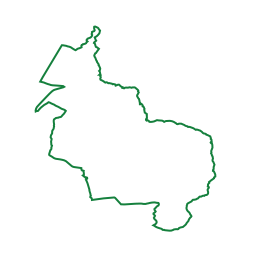 the district of Teso North, Western, Kenya, rotated 102°
{"feature_id": "3690345B58286800051126", "entity_name": "Teso North", "entity_type": "district", "adm_level": 2, "iso_a3": "KEN", "parent_name": "Kenya", "parent_adm1": "Western", "projection": "natural_earth1", "projection_center": [34.335, 0.681], "detail": "fine", "context": "isolated", "style": "outline", "palette": "green", "viewbox_px": 256, "rotation_deg": 102, "n_neighbors": 0, "source": "geoboundaries", "source_scale": "gbopen_adm2", "svg_char_len": 5835}
<svg xmlns="http://www.w3.org/2000/svg" viewBox="0 0 256 256"><g transform="rotate(102 128 128)"><path d="M205.9,148.3L201.9,137.2L198.8,127.0L199.0,126.1L204.1,119.0L203.5,115.6L200.6,105.3L199.3,100.0L199.1,98.6L199.1,97.5L198.8,95.7L198.6,94.9L198.1,94.0L197.3,92.1L196.9,91.4L196.0,89.2L195.3,86.8L195.2,85.6L195.2,84.5L195.0,82.7L195.7,82.1L196.6,81.9L197.6,82.2L198.2,83.0L199.1,83.7L200.1,84.2L201.7,85.3L202.5,85.1L203.9,83.6L204.6,83.9L206.2,85.3L207.0,85.1L207.5,84.2L208.3,83.3L210.5,84.0L211.3,83.4L211.8,82.8L212.4,81.7L213.2,80.8L214.1,80.4L215.1,80.5L216.1,81.0L216.8,81.6L217.2,82.2L217.9,82.9L218.1,81.9L218.8,80.5L218.9,79.7L219.2,78.8L219.5,76.2L219.6,74.6L219.8,73.8L220.4,73.1L220.4,72.3L220.1,71.6L220.3,70.7L219.9,67.0L219.8,66.2L219.4,64.4L218.3,62.6L217.7,62.0L217.0,60.1L216.8,59.2L216.7,58.3L216.3,57.7L215.3,57.3L214.8,56.6L214.3,55.8L213.4,53.7L211.0,51.8L210.0,51.2L209.1,51.0L206.1,49.5L205.3,49.5L204.5,49.3L202.7,48.5L202.0,47.9L201.1,47.6L200.3,48.2L199.7,49.1L198.9,49.6L197.9,50.5L197.0,52.1L196.4,52.8L195.7,53.4L194.9,53.9L194.1,54.2L192.4,54.2L191.7,54.4L190.8,54.2L190.1,54.3L189.2,53.7L186.6,50.6L185.5,50.1L184.7,49.5L184.4,48.3L184.0,47.4L183.6,46.5L182.9,45.8L182.2,44.8L181.1,44.3L180.1,43.4L180.0,42.4L179.6,41.8L178.9,41.0L178.5,40.2L178.5,39.3L177.7,38.7L177.1,37.1L176.5,36.5L175.5,36.1L174.6,36.2L174.0,36.3L172.5,37.1L171.5,37.3L169.6,36.5L168.8,36.9L168.6,37.8L167.7,37.8L166.7,38.0L165.7,37.7L164.8,37.1L164.0,37.5L163.4,36.9L162.5,36.3L159.3,33.4L158.6,33.6L158.0,33.2L157.3,32.5L155.3,33.0L154.4,33.6L152.5,35.0L152.3,36.0L151.4,36.1L150.4,35.7L148.3,36.1L145.9,35.8L143.4,37.5L142.8,38.3L142.1,38.6L141.4,38.7L140.4,38.5L138.1,39.4L137.6,40.1L136.4,40.6L135.5,41.5L134.4,41.3L133.7,41.7L132.8,41.8L131.8,41.6L129.7,41.3L127.7,41.8L127.0,42.0L125.6,42.7L125.6,43.5L125.1,44.1L124.4,43.9L124.0,43.3L122.0,44.0L121.5,44.8L120.8,44.8L119.1,45.8L118.3,49.0L118.3,50.0L117.6,50.7L117.5,51.9L117.6,52.8L117.3,53.7L116.3,55.1L115.5,57.0L115.5,57.8L115.3,58.6L115.2,60.5L115.7,61.2L115.4,62.1L114.7,63.8L114.5,64.9L114.1,67.9L114.5,69.5L114.0,70.1L114.0,71.4L113.8,72.6L113.4,73.4L112.7,76.9L113.2,79.1L113.9,80.1L113.9,81.2L113.4,81.9L113.2,82.6L112.5,84.5L112.2,86.4L112.3,88.6L113.3,92.3L113.9,93.2L114.5,93.9L114.0,94.8L113.7,96.2L114.2,99.7L114.3,101.3L116.1,103.8L116.6,104.9L117.1,106.2L117.4,107.4L117.5,108.4L116.9,108.9L116.3,110.5L116.9,111.2L116.6,111.9L115.9,112.2L115.1,112.0L114.3,111.5L113.3,111.9L112.2,112.0L111.5,112.4L110.5,112.4L109.4,114.8L106.6,116.0L105.9,115.8L104.0,117.2L103.8,118.2L102.8,118.3L101.7,119.7L102.1,120.3L102.3,121.3L101.6,121.5L100.9,121.3L100.1,122.1L99.1,122.4L97.3,123.3L96.9,124.0L95.8,124.9L95.3,125.5L94.6,125.8L93.8,125.8L92.7,125.4L90.9,124.9L90.2,125.8L89.3,125.7L88.7,126.3L87.1,129.2L86.9,129.9L87.4,132.1L87.9,132.8L87.8,133.7L87.9,135.1L88.4,136.0L88.7,137.1L88.8,138.0L89.0,138.7L89.4,139.6L90.0,140.1L89.9,141.9L89.2,141.8L89.1,142.8L88.6,144.0L87.5,145.7L87.7,146.7L88.1,147.4L88.7,148.2L89.1,148.9L88.1,149.4L88.0,151.3L88.4,152.1L88.0,152.9L88.0,155.8L88.3,156.6L87.8,157.8L87.8,158.9L88.3,159.6L88.0,160.6L87.5,161.3L86.8,163.6L86.7,164.3L86.4,165.0L85.6,165.4L84.0,165.2L83.1,165.9L82.5,165.6L81.7,165.9L81.9,167.1L80.9,166.4L78.9,167.2L78.2,168.1L77.3,167.5L75.7,167.5L75.0,167.9L73.2,169.2L72.8,169.8L71.9,169.9L69.9,172.0L69.2,172.2L68.7,172.9L65.9,174.7L65.2,175.5L64.0,176.1L61.8,175.6L61.3,174.9L59.7,174.3L56.6,172.9L55.5,175.2L55.3,176.3L53.8,177.2L52.9,177.6L52.2,178.2L51.9,179.0L51.3,178.9L50.7,178.4L49.2,177.3L48.7,177.8L46.3,179.4L45.5,178.5L44.6,177.6L43.6,176.9L41.4,175.7L38.5,175.6L37.4,177.1L36.7,177.6L36.2,178.4L36.0,179.4L35.8,180.1L35.6,181.3L36.0,182.1L37.0,182.0L38.0,181.7L38.9,181.1L39.5,180.9L40.3,181.3L41.1,182.7L41.6,183.2L42.4,182.9L43.2,183.1L43.9,183.0L44.4,182.4L45.4,182.4L46.8,183.1L47.5,183.7L47.9,184.5L48.5,185.2L49.0,186.1L50.6,186.8L51.3,186.5L51.8,185.6L52.8,186.4L53.7,186.6L54.3,187.2L55.1,188.6L55.3,189.4L56.0,189.7L56.4,190.5L57.2,190.7L58.7,190.2L59.3,191.0L60.2,192.3L60.6,193.2L61.3,194.1L62.2,194.8L62.8,195.5L62.5,196.7L61.6,199.2L61.2,200.0L60.9,201.0L60.7,202.4L60.7,204.3L60.5,205.1L60.5,205.9L60.6,208.7L60.8,209.9L96.0,222.0L100.9,223.5L101.0,219.7L101.4,217.6L101.7,215.3L101.8,213.6L102.0,212.5L101.9,210.6L101.2,205.8L100.9,203.5L100.6,201.1L100.5,200.1L101.0,199.0L101.6,199.7L105.6,207.3L106.4,208.5L107.5,209.6L108.7,210.5L110.9,212.0L114.4,214.2L123.2,219.6L126.3,221.4L128.0,221.9L130.1,222.0L131.0,221.7L130.5,221.1L130.2,220.1L129.8,219.4L128.5,218.9L127.8,218.4L126.7,217.8L125.6,217.0L122.9,214.8L120.6,212.2L119.3,211.1L119.4,210.0L119.6,209.0L119.9,208.3L120.6,204.8L121.0,204.0L121.3,203.0L121.8,200.6L122.6,198.1L123.0,197.0L123.3,194.7L123.5,193.7L124.2,192.4L125.1,192.7L126.2,193.2L127.0,193.4L129.2,194.8L130.0,195.2L130.9,195.7L131.5,196.7L131.8,197.6L132.4,198.3L132.6,199.1L133.3,200.7L133.9,201.1L134.4,201.7L135.1,202.2L136.1,202.2L137.5,201.9L139.9,201.0L141.2,201.0L141.9,200.6L142.7,200.7L143.8,200.6L144.9,200.8L145.6,201.2L146.7,201.5L149.2,201.1L150.4,201.6L151.5,201.8L152.5,201.8L153.3,201.7L154.6,200.4L157.4,200.4L158.5,200.0L160.4,199.5L161.0,198.7L163.2,198.9L164.3,198.6L165.1,198.8L166.0,199.4L166.6,199.4L170.0,199.7L170.8,199.4L171.2,198.5L171.8,196.6L172.8,194.2L173.0,193.2L173.1,192.1L172.8,187.7L172.8,185.3L172.9,183.6L173.4,181.7L177.0,175.0L177.3,174.0L177.4,172.6L177.3,171.2L176.9,165.3L177.6,165.1L178.5,164.8L179.1,164.0L179.0,163.2L179.1,162.4L179.9,162.4L181.4,161.8L183.0,161.4L183.8,162.3L184.7,160.7L184.9,160.0L185.3,159.4L186.0,158.6L185.0,158.5L185.1,157.7L185.9,157.4L187.4,158.4L187.9,157.9L190.5,156.1L196.2,153.0L197.0,152.8L198.3,152.2L200.2,151.1L201.1,150.8L201.9,150.3L202.7,150.6L203.5,150.5L203.8,149.8L204.2,149.0L205.1,148.5L205.9,148.3Z" fill="none" stroke="#15803d" stroke-width="2"/></g></svg>